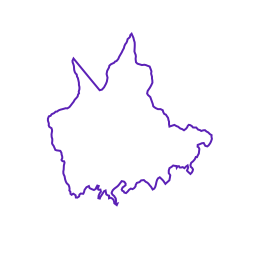 the district of Vicentinópolis, Goiás, Brazil, rotated 207°
{"feature_id": "56859067B52172624703615", "entity_name": "Vicentinópolis", "entity_type": "district", "adm_level": 2, "iso_a3": "BRA", "parent_name": "Brazil", "parent_adm1": "Goiás", "projection": "equal_earth", "projection_center": [-49.894, -17.738], "detail": "fine", "context": "isolated", "style": "outline", "palette": "violet", "viewbox_px": 256, "rotation_deg": 207, "n_neighbors": 0, "source": "geoboundaries", "source_scale": "gbopen_adm2", "svg_char_len": 3962}
<svg xmlns="http://www.w3.org/2000/svg" viewBox="0 0 256 256"><g transform="rotate(207 128 128)"><path d="M113.0,56.8L111.9,58.0L110.2,58.0L108.4,57.5L107.0,56.1L105.9,54.7L104.7,54.5L105.5,57.6L107.0,59.7L108.2,60.3L109.2,61.0L111.6,61.6L113.1,62.6L113.3,64.1L113.3,65.7L112.6,67.8L111.6,69.8L110.8,71.5L110.3,73.3L109.9,75.5L109.5,77.8L108.1,78.2L106.9,78.4L104.9,77.4L104.2,75.9L104.9,74.3L105.8,72.6L105.7,70.3L104.6,69.5L103.1,69.6L102.0,68.8L100.2,69.1L99.4,71.4L99.0,73.4L98.0,75.3L96.2,75.6L95.2,77.3L94.8,79.4L95.3,80.9L95.2,83.1L93.2,85.0L92.5,87.3L90.2,88.8L87.8,88.1L86.0,88.1L84.5,87.7L82.4,86.7L80.8,86.1L78.1,84.4L77.1,85.9L77.0,88.0L77.5,90.4L78.1,92.6L78.5,94.7L78.4,96.7L77.3,98.5L75.2,97.9L72.8,97.1L71.5,96.4L69.3,95.2L68.5,97.4L67.4,100.2L68.1,102.7L68.9,105.1L71.2,106.3L72.4,108.7L72.8,111.1L71.5,113.2L70.7,115.1L69.5,115.4L67.6,116.1L66.6,114.8L66.4,116.4L65.3,117.1L64.1,116.3L62.9,116.8L61.5,118.0L59.5,117.8L58.7,120.2L57.9,121.7L56.4,120.0L56.1,116.8L54.5,116.2L51.5,115.4L50.9,117.4L50.9,119.2L51.3,120.6L52.7,121.5L54.3,121.9L55.5,123.2L55.9,125.7L54.9,127.9L54.3,130.4L54.4,132.9L53.3,133.4L53.4,135.1L53.3,137.4L54.2,139.8L54.9,141.7L56.2,142.8L57.5,142.9L58.2,144.6L56.7,146.2L55.2,148.0L53.7,149.0L52.6,148.2L51.0,147.2L49.0,147.6L48.3,149.1L47.9,151.6L47.9,153.6L48.3,156.4L49.7,158.2L50.3,159.6L52.0,159.7L53.4,160.1L54.5,160.5L56.5,160.5L58.4,161.0L59.9,160.1L61.4,158.6L62.9,158.8L64.8,158.4L66.1,158.9L67.4,159.4L69.3,158.4L70.4,158.0L72.1,158.7L74.1,158.8L75.3,158.4L75.7,156.9L75.6,155.4L76.0,153.6L77.1,151.4L79.2,151.6L81.2,151.3L84.0,151.9L85.5,151.7L88.1,151.8L91.7,148.1L93.1,149.9L94.4,152.4L95.4,153.3L96.9,155.2L98.6,156.1L100.3,157.1L102.1,157.0L103.7,158.1L105.1,159.6L107.6,159.6L109.9,158.4L112.3,158.3L113.9,158.5L115.3,158.8L116.9,160.7L122.2,165.7L125.2,166.5L126.6,167.4L127.3,169.9L126.8,173.8L126.7,176.4L126.8,179.4L127.9,181.4L129.1,183.0L130.0,184.7L132.0,186.8L132.9,189.2L134.7,190.9L136.6,192.6L139.1,192.3L140.5,192.2L142.1,191.8L144.2,190.4L148.8,189.6L150.7,190.2L152.6,193.0L153.5,195.4L154.5,196.8L155.5,197.6L157.0,199.1L158.8,203.2L159.8,205.3L161.0,207.4L162.3,208.7L164.2,210.9L167.6,213.6L168.1,211.9L167.6,209.7L168.7,207.0L168.2,204.9L168.1,203.2L168.5,201.4L168.4,199.3L167.9,197.2L168.0,194.7L167.9,192.9L168.2,187.4L168.0,185.2L168.6,182.5L169.7,181.3L170.0,179.8L172.1,177.1L172.9,175.1L172.4,173.3L172.5,169.5L171.6,166.4L169.1,163.6L167.9,159.7L167.7,157.3L167.8,153.4L168.6,150.4L170.4,148.8L183.6,154.5L208.1,165.2L208.0,162.7L207.1,161.3L205.7,160.1L204.3,158.6L202.3,155.3L200.8,153.7L199.4,152.8L198.0,152.4L196.8,150.7L195.3,149.7L192.4,146.2L191.2,144.0L189.9,142.5L188.9,140.5L188.4,138.0L187.4,136.7L187.7,135.2L187.2,133.2L187.7,131.0L188.3,129.0L188.4,126.5L188.8,124.6L189.2,122.3L189.7,120.0L191.0,117.9L192.4,117.4L193.6,116.3L194.9,115.1L196.6,113.6L197.9,112.1L198.6,110.5L199.9,109.7L200.6,107.7L202.3,105.6L202.5,103.7L203.8,102.5L203.6,100.0L202.7,98.2L201.5,97.0L200.6,96.1L199.8,94.3L198.6,93.3L196.1,93.1L195.0,92.0L194.3,90.9L193.3,87.7L191.9,85.3L190.5,83.9L189.6,82.1L188.8,80.0L187.8,79.1L186.3,78.4L184.2,76.7L182.8,75.5L181.4,75.7L180.0,76.2L177.9,76.9L176.0,75.6L175.2,74.3L173.8,72.9L172.9,71.4L172.8,69.4L171.4,68.7L169.8,69.3L168.8,68.3L168.1,65.4L167.5,64.1L166.5,61.9L165.9,59.9L164.9,58.1L163.7,57.0L162.6,56.2L160.8,53.8L159.0,52.0L157.4,50.9L156.2,50.6L155.0,50.2L153.6,48.9L152.4,47.2L151.9,45.7L150.5,45.1L149.3,43.2L147.9,42.9L147.0,44.6L145.6,44.5L144.1,44.2L142.9,42.4L141.5,43.0L140.5,44.9L141.0,46.6L140.4,48.1L138.0,49.1L138.1,51.0L138.6,53.2L138.1,56.4L136.5,58.5L134.9,57.0L132.1,57.1L130.2,57.3L129.1,59.0L129.3,60.6L129.2,62.8L127.7,63.0L127.5,60.3L126.3,59.6L124.6,60.6L123.2,58.9L123.6,56.9L123.4,54.3L122.5,52.0L121.1,52.3L121.3,54.2L121.0,56.5L120.6,60.8L119.6,62.1L118.8,61.0L117.2,59.0L115.7,58.8L114.2,59.1L113.0,56.8ZM104.7,54.5L103.0,54.2L103.1,55.9L104.7,54.5Z" fill="none" stroke="#5b21b6" stroke-width="2"/></g></svg>